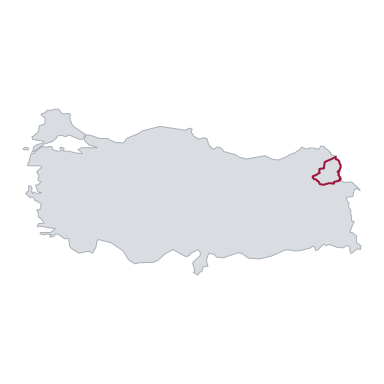 location of Kars within Turkey
{"feature_id": "TUR-3040", "entity_name": "Kars", "entity_type": "Province", "adm_level": 1, "iso_a3": "TUR", "parent_name": "Turkey", "parent_adm1": "", "projection": "orthographic", "projection_center": [43.226, 40.514], "detail": "fine", "context": "in_parent", "style": "outline", "palette": "rose", "viewbox_px": 384, "rotation_deg": 0, "n_neighbors": 0, "source": "natural_earth", "source_scale": "10m", "svg_char_len": 4788}
<svg xmlns="http://www.w3.org/2000/svg" viewBox="0 0 384 384"><path d="M301.8,147.2L307.2,149.3L309.1,147.9L314.0,148.1L318.5,149.3L321.0,146.1L324.2,146.4L324.7,148.1L326.2,148.7L330.9,152.9L330.3,153.4L331.5,155.0L335.5,156.0L335.9,158.1L339.0,161.3L340.6,166.1L339.7,169.6L337.9,171.7L340.5,179.1L339.7,180.0L344.6,182.4L350.8,181.9L352.8,182.9L358.9,188.7L360.4,190.9L356.3,188.2L353.9,190.6L352.8,196.4L346.2,197.5L347.3,201.2L349.1,202.9L348.5,206.4L349.0,207.8L350.8,210.1L350.6,213.2L351.4,216.6L351.5,220.6L354.2,221.7L353.0,223.6L350.0,231.7L350.2,232.4L352.3,232.6L357.0,236.3L356.2,237.5L356.8,242.7L361.0,246.0L360.3,247.7L360.5,249.5L357.5,248.7L351.5,253.4L350.8,253.3L350.0,251.7L349.8,247.1L348.3,245.9L346.4,245.7L343.2,247.8L340.2,247.7L337.2,247.3L329.3,244.5L326.4,245.5L323.4,244.3L317.5,250.0L315.7,250.4L314.8,247.6L312.8,246.0L310.1,248.1L299.9,250.6L295.2,251.0L289.6,249.9L284.9,250.1L271.8,256.0L259.4,258.9L248.3,258.1L242.5,253.8L237.9,252.7L223.4,257.8L216.6,257.1L214.4,254.5L209.2,253.1L207.9,255.3L206.4,260.9L207.9,266.3L204.9,266.3L202.9,267.3L202.1,271.2L199.2,272.5L198.2,274.9L197.7,274.9L193.4,272.5L194.8,270.7L192.6,263.3L194.1,261.1L200.2,255.7L200.3,252.3L198.1,249.7L190.5,253.4L189.7,255.0L188.0,256.2L185.3,256.4L173.0,249.6L165.0,253.8L158.0,260.3L152.9,262.4L138.4,262.8L135.8,263.9L131.1,261.8L128.4,259.5L122.8,250.6L111.2,242.8L98.5,239.5L97.1,240.9L95.9,247.1L93.0,252.7L91.9,253.1L89.2,251.2L78.8,253.2L70.8,248.0L69.6,246.1L68.7,238.9L67.5,238.2L66.0,238.9L64.6,238.7L59.0,234.7L55.8,233.9L53.4,236.5L50.0,237.1L50.0,236.3L51.6,234.6L46.5,234.1L43.6,235.0L40.1,233.5L40.4,232.8L43.5,232.4L50.5,232.5L55.5,228.8L39.4,226.1L37.7,226.8L37.8,224.4L38.9,223.5L43.3,223.4L43.3,221.4L41.1,218.8L38.5,217.2L38.0,212.0L36.8,210.5L37.1,209.8L39.9,209.5L41.0,206.0L41.0,203.7L36.3,200.8L35.1,200.7L34.2,198.6L32.2,196.8L30.2,197.6L25.7,193.6L27.0,191.7L28.2,192.0L28.8,190.4L28.3,187.4L28.6,186.0L29.8,185.8L31.0,186.3L32.0,188.2L31.6,191.4L32.6,193.6L33.9,191.9L36.1,193.4L40.4,193.2L41.4,192.5L38.3,192.0L37.3,191.0L35.7,185.3L38.6,184.3L40.8,182.1L37.7,179.7L39.0,176.3L36.8,171.7L41.7,167.2L41.6,166.5L40.4,165.9L27.7,165.7L27.9,163.3L29.2,161.5L30.1,156.5L31.1,153.9L33.6,153.6L37.1,150.2L42.4,146.4L47.1,147.4L49.2,146.4L52.0,146.9L52.5,148.9L54.7,150.6L59.1,151.2L61.4,150.3L59.8,147.7L62.3,147.4L64.2,148.3L62.7,150.6L63.3,151.0L69.0,151.2L74.8,152.8L81.3,153.6L82.3,152.9L78.1,149.6L81.4,147.9L83.1,147.7L97.0,147.8L97.2,147.4L89.0,144.9L85.2,141.2L84.3,139.4L85.8,135.7L86.9,134.8L89.8,135.1L99.8,138.5L107.2,138.5L114.8,142.3L122.6,142.9L124.3,141.9L126.7,138.4L138.3,133.6L142.5,130.8L160.1,126.4L185.1,130.2L189.7,128.1L192.2,129.2L191.3,130.8L191.3,132.3L194.0,136.4L198.3,139.0L204.7,137.7L206.9,138.6L208.7,144.7L212.3,148.6L214.1,149.0L216.7,147.1L219.0,147.0L222.5,149.3L223.7,151.5L235.8,154.8L238.2,156.8L246.4,159.0L265.0,155.7L271.5,158.9L277.2,160.0L279.6,159.6L287.1,156.5L289.5,154.6L294.2,153.1L300.1,149.4L301.8,147.2ZM70.6,114.3L69.7,116.9L70.2,119.9L72.0,124.4L74.2,126.9L85.3,134.4L82.8,139.2L79.6,139.5L69.7,135.2L65.1,136.6L62.2,135.5L57.8,135.7L56.1,138.5L52.5,141.5L43.4,144.3L34.3,151.4L31.9,152.1L33.4,149.3L33.8,146.7L37.7,144.4L42.8,143.0L44.3,141.4L32.6,139.4L32.0,136.6L33.3,136.3L38.0,132.3L38.7,130.5L39.2,125.8L44.3,124.1L44.9,123.0L45.0,118.3L41.2,114.8L41.6,113.6L44.9,112.9L47.2,110.1L51.8,110.3L54.2,109.2L58.3,109.1L62.4,114.0L68.4,113.5L70.6,114.3ZM28.2,149.9L24.1,149.8L23.0,148.8L24.5,147.7L27.7,147.4L28.5,148.9L28.2,149.9Z" fill="#d9dde1" stroke="#a8b0b8" stroke-width="1"/><path d="M335.6,157.1L335.5,157.7L335.7,158.4L335.9,159.1L336.3,159.4L337.0,159.5L337.8,159.9L338.5,160.5L339.1,161.2L339.3,161.6L339.3,162.1L339.4,162.5L339.5,163.1L339.7,163.5L340.4,164.7L340.6,165.1L340.6,165.5L340.7,167.1L340.7,167.3L340.3,168.0L340.2,168.1L340.3,168.7L339.6,169.6L339.4,170.0L339.4,170.6L339.2,170.5L339.0,170.4L339.1,170.5L339.1,170.8L338.7,170.8L338.3,171.1L337.7,171.8L337.8,172.1L338.2,172.5L338.9,173.2L338.9,173.3L338.6,174.3L338.5,174.5L338.4,174.9L338.6,175.3L339.0,175.7L339.8,176.8L340.1,177.3L339.8,177.6L340.0,178.1L340.5,178.7L340.7,179.0L340.5,179.3L339.7,179.5L339.4,179.7L339.7,180.4L337.3,181.2L335.1,181.6L334.1,182.0L334.1,182.9L333.5,183.7L332.5,183.3L331.7,183.5L330.9,183.3L328.9,183.2L323.4,184.8L319.9,184.1L319.4,183.2L319.0,182.3L318.6,181.6L317.9,181.2L317.5,181.1L317.2,180.9L317.0,180.4L316.7,180.0L316.1,179.6L315.6,179.4L314.0,179.1L313.6,178.6L313.2,178.0L312.6,177.2L313.2,176.0L315.8,175.2L316.9,174.5L317.5,174.0L318.1,173.6L318.9,173.3L319.6,172.9L319.2,170.5L319.5,169.8L319.6,168.9L321.6,168.6L323.8,168.4L324.1,166.7L324.4,163.9L324.8,162.1L326.9,161.0L329.8,159.8L332.7,158.5L334.4,157.5L335.6,157.1Z" fill="none" stroke="#9f1239" stroke-width="2"/></svg>